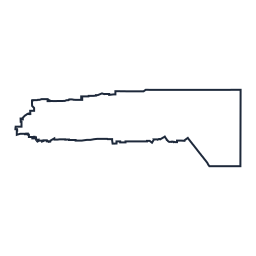 Kondinin, Western Australia, Australia
{"feature_id": "25037944B57185706761007", "entity_name": "Kondinin", "entity_type": "district", "adm_level": 2, "iso_a3": "AUS", "parent_name": "Australia", "parent_adm1": "Western Australia", "projection": "robinson", "projection_center": [118.78, -32.484], "detail": "fine", "context": "isolated", "style": "outline", "palette": "slate", "viewbox_px": 256, "rotation_deg": 0, "n_neighbors": 0, "source": "geoboundaries", "source_scale": "gbopen_adm2", "svg_char_len": 3711}
<svg xmlns="http://www.w3.org/2000/svg" viewBox="0 0 256 256"><path d="M15.5,128.4L15.4,128.8L15.4,129.2L17.1,129.2L17.2,130.8L16.8,130.9L16.8,134.8L17.1,134.7L18.4,134.3L20.2,133.8L22.7,133.8L23.8,133.8L25.0,133.8L25.0,134.2L26.3,134.2L26.3,133.6L27.9,133.6L27.9,134.7L28.9,134.7L28.9,135.7L28.9,137.0L30.7,137.0L31.8,137.0L32.3,137.0L32.3,138.4L34.0,138.4L34.0,136.8L34.6,136.8L34.6,137.3L36.0,137.3L36.0,139.7L38.2,139.7L36.9,141.7L36.9,141.8L36.7,142.0L38.1,141.2L38.1,140.7L42.1,140.7L42.1,141.5L43.5,141.0L43.5,140.3L44.4,140.3L46.8,140.3L46.8,141.3L47.7,141.3L48.0,141.1L48.4,141.3L48.9,141.3L48.9,141.8L50.3,141.6L50.6,140.5L52.9,139.2L54.3,138.4L54.4,139.6L56.1,139.6L57.5,139.6L59.8,139.3L63.2,139.3L65.3,139.3L65.3,139.7L66.3,139.7L67.4,139.5L69.0,139.5L69.0,140.0L73.4,140.0L75.6,140.0L75.6,140.6L77.8,140.6L80.3,140.6L81.8,140.6L84.5,140.2L86.7,139.9L88.9,139.9L90.2,139.9L91.4,139.7L92.5,139.5L93.1,139.4L93.4,139.3L95.0,139.1L96.9,138.9L97.9,138.9L100.7,138.9L101.7,138.9L101.9,138.9L102.1,138.9L104.0,138.9L105.1,138.9L106.7,138.9L107.3,138.9L107.5,139.1L108.6,139.1L112.1,139.1L112.1,140.1L112.6,143.6L114.2,143.6L116.5,143.5L116.5,141.4L120.2,141.4L120.2,142.4L121.4,142.4L124.7,142.4L125.5,142.4L125.5,141.4L130.9,141.4L133.3,141.4L137.6,141.4L140.2,141.4L144.5,141.4L147.0,141.4L147.0,140.9L147.6,140.9L149.7,140.9L151.1,142.0L152.0,142.7L153.9,139.6L153.8,139.4L156.4,139.4L158.0,139.4L158.0,139.5L158.3,139.4L158.5,139.3L158.9,139.0L159.6,139.0L159.9,139.1L160.0,139.1L160.1,139.3L160.4,139.3L160.7,139.0L161.6,138.5L162.1,138.2L164.0,137.1L164.3,137.0L164.8,136.6L165.7,138.1L166.6,139.3L166.7,139.5L166.8,140.0L167.4,140.3L168.0,141.1L168.4,141.4L168.7,141.6L168.9,141.7L169.0,141.8L169.4,141.9L169.7,141.9L170.9,141.8L171.5,141.9L171.8,141.6L172.5,141.7L173.0,141.9L173.0,141.7L174.5,141.9L174.8,142.1L175.1,142.1L177.0,142.1L177.0,140.6L178.5,140.6L181.2,140.6L184.4,140.8L184.4,140.4L187.8,137.9L188.2,138.5L188.8,139.3L189.7,140.4L190.3,141.2L191.0,142.1L191.6,142.8L192.1,143.5L192.7,144.3L193.1,144.7L194.2,146.1L195.2,147.4L196.4,148.9L197.9,150.9L198.5,151.6L199.7,153.2L200.2,153.8L200.5,154.1L201.5,155.5L202.8,157.0L203.7,158.2L204.6,159.4L204.9,159.7L207.3,162.8L207.7,163.6L208.2,164.6L209.4,166.2L210.6,166.2L212.4,166.2L213.6,166.2L214.8,166.2L216.7,166.2L218.5,166.2L220.9,166.2L223.3,166.2L225.8,166.2L228.8,166.2L231.8,166.2L234.9,166.2L239.1,166.2L240.4,166.2L240.4,164.9L240.6,89.8L210.8,89.9L209.6,89.9L205.8,89.9L205.3,89.9L196.5,89.9L195.4,89.9L191.2,89.9L182.1,89.9L154.2,89.9L145.8,89.8L145.7,89.8L143.6,91.3L140.4,91.3L137.7,91.3L125.6,91.3L117.2,91.2L115.4,91.2L115.4,94.4L113.5,94.4L109.2,94.9L109.2,94.0L104.3,94.0L104.2,94.1L103.1,93.8L102.0,93.4L97.8,95.1L96.4,95.1L96.0,95.1L96.0,95.6L93.0,95.9L90.1,95.9L88.6,95.9L88.5,96.4L81.2,96.4L81.2,97.9L82.2,97.9L82.2,99.9L81.3,99.9L76.9,99.9L76.2,99.9L74.7,99.8L73.7,99.8L73.0,99.6L72.9,99.5L72.5,99.5L71.8,99.4L71.1,99.4L70.2,99.4L69.6,99.4L69.4,99.4L69.2,99.4L69.1,99.5L68.9,99.6L68.9,99.8L68.8,100.0L68.7,100.1L68.4,100.2L68.2,100.2L67.5,100.2L66.7,100.2L66.2,100.3L65.6,100.6L64.8,100.9L64.7,100.9L62.1,101.0L60.7,101.0L59.0,101.0L57.0,101.0L56.2,101.1L50.9,101.0L49.6,100.4L49.6,101.1L48.3,101.1L48.2,101.1L47.6,101.1L47.6,99.1L45.5,99.1L41.7,99.1L39.3,99.9L38.0,99.9L37.9,99.8L37.2,100.1L33.1,100.1L33.1,100.4L32.0,100.4L32.0,103.3L32.1,105.9L33.8,107.6L34.1,108.0L34.1,110.8L32.2,110.8L30.2,110.8L30.3,113.8L29.4,113.6L29.4,114.1L28.3,114.0L28.3,113.7L27.6,113.8L25.9,115.0L24.9,115.6L22.4,118.2L22.8,118.2L22.8,119.4L22.1,119.4L22.1,118.5L20.6,118.5L20.7,121.8L21.5,121.8L21.5,126.7L18.7,126.7L15.7,126.7L15.7,127.2L15.5,127.6L15.5,128.3L15.5,128.4Z" fill="none" stroke="#1e293b" stroke-width="2"/></svg>